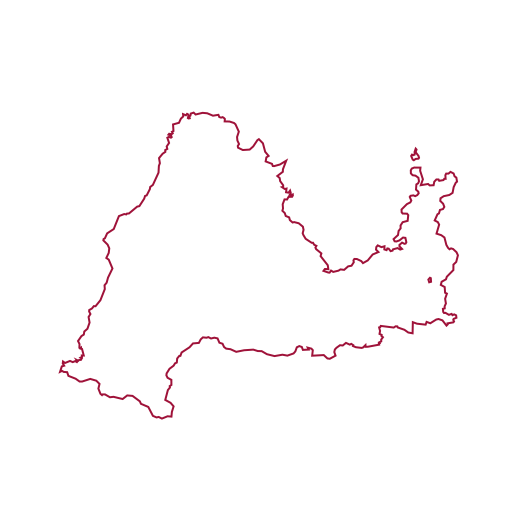 Gowa, Sulawesi Selatan, Indonesia, rotated 173°
{"feature_id": "22746128B57887954309635", "entity_name": "Gowa", "entity_type": "district", "adm_level": 2, "iso_a3": "IDN", "parent_name": "Indonesia", "parent_adm1": "Sulawesi Selatan", "projection": "mercator", "projection_center": [119.648, -5.33], "detail": "fine", "context": "isolated", "style": "outline", "palette": "rose", "viewbox_px": 512, "rotation_deg": 173, "n_neighbors": 0, "source": "geoboundaries", "source_scale": "gbopen_adm2", "svg_char_len": 6040}
<svg xmlns="http://www.w3.org/2000/svg" viewBox="0 0 512 512"><g transform="rotate(173 256 256)"><path d="M404.8,272.3L402.6,270.3L400.0,261.1L405.5,252.6L407.5,247.7L409.9,245.4L410.1,241.6L415.8,231.1L421.4,225.7L423.1,226.0L425.2,223.9L428.1,222.7L428.4,221.3L427.4,218.6L429.6,215.9L429.3,210.2L432.2,204.3L435.6,202.0L436.5,199.0L439.0,197.8L443.0,193.3L441.9,190.1L442.5,186.4L441.9,185.7L440.8,186.4L440.8,185.2L440.0,184.9L439.1,178.2L441.0,178.5L441.0,177.0L442.5,176.5L441.4,175.6L442.5,174.2L444.1,174.5L445.1,173.7L446.8,174.8L446.0,173.2L446.7,172.5L448.3,173.7L450.8,173.0L453.4,174.5L458.6,173.1L460.4,174.8L460.9,172.9L459.8,170.5L462.2,170.1L464.6,164.9L462.5,165.6L461.0,164.4L457.6,163.7L456.8,159.9L450.0,156.2L446.4,152.9L443.8,152.6L435.5,154.2L429.7,151.7L426.9,148.1L428.6,143.6L427.2,138.2L425.8,136.7L425.2,137.3L422.7,137.0L418.2,133.6L414.6,133.6L405.8,130.3L400.8,133.3L395.6,132.2L389.0,125.9L388.2,123.3L381.3,119.3L377.8,109.9L374.4,107.9L372.2,108.1L369.2,106.1L363.3,107.7L359.5,106.9L358.5,111.5L356.1,116.8L358.7,120.7L363.6,124.2L359.8,133.7L357.5,135.9L357.5,137.4L355.7,138.3L355.1,143.4L358.6,145.9L359.5,148.5L359.0,150.4L355.6,154.6L351.1,157.2L349.5,159.3L347.6,159.9L346.7,163.9L344.3,166.2L343.2,166.1L341.6,169.3L333.1,173.5L329.2,176.9L323.3,176.7L321.0,180.0L318.6,181.7L315.0,180.9L313.2,181.3L310.7,179.6L307.3,180.0L304.2,178.9L302.9,174.4L299.9,173.0L298.8,169.6L296.9,167.7L292.7,166.6L287.3,163.3L279.3,163.9L270.1,163.4L265.7,161.4L262.0,160.9L257.1,157.2L249.8,154.4L241.8,154.8L237.0,153.3L230.6,154.7L228.6,156.5L226.6,160.4L224.0,161.3L221.6,160.1L220.9,157.1L215.1,156.7L215.8,158.7L212.3,157.3L211.1,155.6L212.4,150.2L200.8,149.4L197.6,145.6L195.3,145.0L189.2,147.4L190.0,151.1L189.1,153.6L187.3,155.1L183.5,157.2L180.8,156.6L177.3,158.8L173.7,156.6L172.2,157.2L170.3,155.6L170.7,154.8L168.0,153.3L162.4,151.9L161.0,152.1L158.2,154.2L158.3,152.5L156.1,152.3L144.6,153.0L144.7,154.0L143.9,154.3L144.4,155.2L142.1,156.0L141.9,157.8L139.9,159.9L141.2,161.3L140.9,162.4L142.9,163.6L142.0,166.5L142.5,170.1L141.3,170.3L140.7,171.4L128.0,168.2L126.0,169.2L124.3,168.9L124.0,167.8L117.7,164.7L114.2,161.5L110.0,160.2L108.4,171.2L104.5,169.2L96.0,167.2L94.7,169.8L91.2,168.0L84.8,171.0L82.5,171.2L78.8,169.4L75.4,163.7L74.0,164.8L74.1,165.8L68.2,166.1L67.4,166.9L68.0,168.6L67.5,169.5L64.6,170.3L64.6,172.7L66.4,173.9L68.2,173.3L68.9,174.7L71.7,174.1L74.9,176.5L76.3,176.5L77.0,177.7L76.9,180.8L75.1,181.0L74.9,183.1L73.3,185.7L73.5,190.5L71.1,195.4L72.8,196.5L72.5,202.2L76.1,204.8L74.9,207.8L70.3,209.7L69.1,212.2L61.8,218.0L61.1,223.4L58.0,225.7L55.5,232.1L56.5,235.3L59.5,238.9L61.5,239.8L63.1,239.1L64.4,240.7L65.7,243.8L66.7,251.4L69.6,254.1L74.1,256.2L70.4,264.8L71.4,267.5L74.3,269.5L70.8,275.3L69.2,276.0L67.8,279.3L64.7,279.8L63.1,281.8L63.9,285.1L66.4,288.2L65.8,290.8L62.4,292.5L56.7,293.0L53.2,294.7L51.4,300.3L48.8,304.4L47.4,305.3L47.6,309.4L49.2,310.9L49.8,313.8L52.7,315.8L54.9,314.3L57.2,314.6L58.2,313.1L58.4,309.5L59.7,309.7L60.7,308.5L65.0,308.3L65.5,309.7L67.6,310.0L70.0,308.0L71.1,304.6L75.0,304.9L76.4,306.5L83.8,306.2L81.0,311.8L82.7,320.6L82.0,323.7L88.2,324.5L90.7,323.8L91.9,322.2L92.2,319.1L90.7,317.1L87.9,316.3L85.3,313.9L85.1,310.3L86.2,308.4L88.1,307.5L89.1,302.4L87.1,300.1L86.9,298.4L88.5,296.8L90.7,296.0L92.4,297.0L95.3,296.9L96.2,295.9L95.1,292.1L96.3,290.4L99.9,289.1L105.9,284.4L106.1,281.6L105.3,280.3L100.9,279.6L99.9,278.0L101.2,272.4L106.3,271.7L108.8,268.7L109.1,265.8L111.4,263.5L112.5,259.5L117.4,256.0L116.6,253.7L114.9,253.3L111.7,254.0L107.8,256.4L105.5,255.8L105.1,251.3L106.0,250.1L107.2,250.0L109.4,251.5L112.3,249.5L112.4,248.1L110.2,245.2L112.1,244.8L114.5,246.6L119.2,245.9L119.8,244.7L121.8,244.4L123.4,247.1L124.7,247.5L125.7,245.9L127.8,246.9L127.3,250.0L130.4,249.5L133.9,251.7L135.5,250.2L136.1,247.7L134.0,245.0L140.0,243.3L145.6,238.0L150.7,235.9L152.1,238.1L156.2,240.7L158.7,241.1L159.8,239.8L159.7,237.9L162.4,234.7L165.8,234.5L170.2,231.5L173.8,232.4L175.9,231.4L181.3,230.8L183.3,232.4L185.0,230.5L186.3,230.8L190.8,233.0L189.2,234.7L185.8,234.1L185.9,238.1L191.9,248.0L190.8,250.6L195.5,255.5L196.0,257.1L194.8,258.7L196.9,260.1L197.8,262.2L199.1,262.3L204.6,267.0L206.4,271.0L206.9,272.9L205.6,276.2L205.9,279.4L209.6,283.3L214.0,285.0L215.6,284.8L218.0,287.5L218.4,290.3L221.6,292.1L222.2,295.1L224.3,297.7L223.4,299.9L223.2,304.1L220.8,308.7L218.3,308.3L216.5,310.7L212.9,310.4L212.0,311.7L212.0,312.6L213.1,312.1L215.1,312.6L213.8,314.2L214.2,316.8L216.0,314.9L218.4,315.6L217.5,319.2L219.3,319.0L221.8,321.2L220.6,321.4L220.4,322.9L222.9,327.4L223.0,330.5L225.1,332.8L219.1,336.3L218.7,338.8L214.4,346.9L221.1,343.9L227.1,343.0L228.4,343.3L228.9,345.5L234.9,348.7L233.7,352.6L231.3,353.8L234.2,358.3L235.4,367.0L238.9,371.6L240.5,370.8L245.4,365.1L249.3,362.4L256.2,362.8L260.6,365.7L260.7,367.4L259.2,369.2L260.4,372.9L260.3,376.4L257.9,381.5L260.3,389.2L261.6,390.7L265.9,392.7L270.7,393.4L270.2,395.8L270.8,396.7L272.2,397.9L273.8,397.6L275.5,398.4L276.1,400.7L281.6,400.5L287.0,403.6L291.6,404.6L298.7,403.8L300.4,405.9L303.4,405.3L304.0,403.3L305.3,402.5L305.0,400.8L306.1,400.7L306.8,401.2L305.8,403.9L306.4,405.1L307.1,405.5L308.4,404.2L311.1,405.7L311.2,403.4L313.8,401.5L316.2,397.6L322.3,396.7L322.7,390.1L324.3,389.5L323.7,387.9L324.9,387.2L327.3,387.9L328.1,387.1L325.6,385.9L325.2,384.3L326.0,383.8L328.1,384.8L329.6,384.2L328.5,378.8L331.3,375.6L331.0,373.1L333.2,372.2L333.3,370.4L336.2,368.9L340.3,365.0L340.1,359.8L341.4,357.3L342.6,350.6L349.7,339.1L352.6,337.4L353.2,335.3L357.1,329.5L358.8,329.1L360.0,326.5L365.7,319.7L367.9,319.5L376.9,313.7L379.0,313.8L379.7,313.1L381.7,313.7L387.2,312.3L393.9,300.1L401.0,296.6L403.8,292.0L405.2,291.4L405.6,290.1L401.9,285.4L400.7,281.5L401.8,277.0L404.8,272.3ZM86.0,213.2L85.2,212.7L85.4,209.1L87.3,208.8L87.8,211.6L86.0,213.2ZM88.7,332.6L87.7,331.8L85.7,332.9L82.9,332.8L82.2,333.6L82.5,335.5L84.9,339.6L83.7,342.1L84.4,343.1L85.9,340.0L86.2,337.3L87.8,336.9L88.8,337.6L89.8,336.4L88.7,332.6Z" fill="none" stroke="#9f1239" stroke-width="2"/></g></svg>